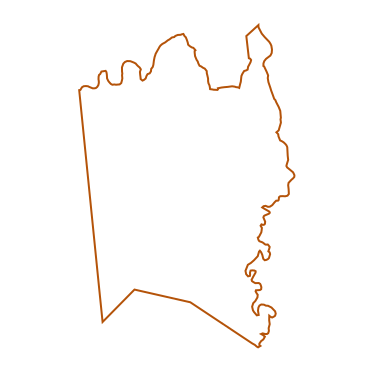 San Pedro Juchatengo, Oaxaca, Mexico, rotated 355°
{"feature_id": "50627088B44061639348759", "entity_name": "San Pedro Juchatengo", "entity_type": "district", "adm_level": 2, "iso_a3": "MEX", "parent_name": "Mexico", "parent_adm1": "Oaxaca", "projection": "robinson", "projection_center": [-97.095, 16.316], "detail": "fine", "context": "isolated", "style": "outline", "palette": "amber", "viewbox_px": 384, "rotation_deg": 355, "n_neighbors": 0, "source": "geoboundaries", "source_scale": "gbopen_adm2", "svg_char_len": 4148}
<svg xmlns="http://www.w3.org/2000/svg" viewBox="0 0 384 384"><g transform="rotate(355 192 192)"><path d="M246.7,351.3L245.8,350.5L245.9,348.9L247.8,346.6L250.2,345.1L252.0,342.5L250.4,340.8L248.5,339.5L250.1,339.0L252.6,339.9L254.3,340.0L255.6,339.3L256.5,337.1L256.5,334.3L257.9,330.4L257.7,326.7L258.2,322.0L259.4,323.2L260.9,324.0L262.7,323.3L264.0,322.5L264.8,320.5L264.4,318.1L261.1,314.0L257.7,311.9L255.8,311.7L253.8,310.5L251.2,310.1L249.3,311.0L248.1,312.9L247.4,315.9L247.7,320.3L245.8,320.5L243.2,316.8L242.4,315.1L241.9,311.5L243.3,308.1L245.6,306.1L248.0,302.7L248.5,300.1L247.7,298.8L246.7,296.6L247.1,295.5L251.1,295.6L252.4,294.9L252.8,292.9L252.4,290.9L251.9,289.5L250.6,288.5L247.1,288.3L245.2,287.0L244.0,286.0L243.7,284.7L245.6,281.7L248.3,277.8L248.5,276.5L247.4,275.7L245.2,275.3L243.5,275.4L242.7,277.5L242.7,279.2L242.4,280.6L240.5,280.9L238.8,278.6L238.4,275.2L241.3,269.4L244.5,267.8L247.8,265.4L251.9,261.7L253.6,257.2L254.5,256.4L255.6,258.0L256.5,260.6L257.2,264.8L258.5,266.3L260.2,266.1L261.7,265.5L262.9,264.5L264.4,260.7L264.1,258.9L262.9,257.8L264.0,255.2L264.6,253.5L263.6,251.8L262.9,250.9L261.0,250.9L259.9,250.3L258.8,249.1L257.6,248.2L254.8,246.9L254.0,245.4L253.6,243.1L254.7,242.6L257.5,238.3L258.0,236.4L258.5,233.8L257.4,231.6L258.4,230.3L259.9,231.0L261.3,230.7L261.9,230.0L262.3,227.9L260.9,223.6L261.4,222.4L262.2,221.8L266.8,220.3L267.6,219.6L267.7,219.0L267.1,218.1L262.2,214.7L260.6,213.5L262.0,212.4L264.1,212.2L266.4,213.4L268.3,213.4L270.8,212.1L273.3,209.5L275.1,208.0L277.0,208.1L277.7,207.4L278.2,204.8L279.5,203.9L282.0,204.0L284.4,204.4L286.8,204.0L288.3,202.4L288.4,200.3L288.5,197.4L288.4,193.6L289.0,191.3L292.1,188.5L293.8,187.3L295.2,185.9L295.5,184.2L295.1,183.0L294.4,181.2L293.1,179.9L291.7,178.5L288.9,175.8L288.3,174.3L288.8,172.8L290.6,168.4L290.5,164.3L290.8,155.7L290.2,153.8L289.2,152.3L287.6,150.5L285.9,149.2L284.3,148.3L283.0,144.1L282.9,141.9L281.3,139.9L283.7,138.2L286.6,130.7L286.6,129.5L286.5,127.3L287.0,125.8L287.0,122.6L287.0,118.9L285.8,114.9L283.8,110.1L283.0,107.6L282.0,106.4L281.0,102.5L279.7,97.8L279.1,94.9L277.7,89.2L277.4,85.1L278.0,82.5L276.9,78.9L274.8,73.2L274.1,72.7L274.4,70.1L275.4,67.9L277.4,65.8L282.0,62.9L283.5,60.5L284.1,57.1L283.8,53.2L283.1,51.2L282.0,49.1L277.9,44.0L275.3,40.3L272.6,33.7L272.7,31.5L259.7,41.4L260.3,63.7L261.6,64.3L262.4,65.7L261.8,67.3L261.6,67.8L259.9,70.5L258.8,72.1L258.1,74.9L256.5,75.6L254.5,76.0L252.6,78.5L251.4,80.6L251.0,82.4L250.7,84.0L250.2,86.5L249.5,88.3L248.1,92.4L247.6,92.1L246.3,91.6L245.1,91.4L243.8,90.8L241.2,90.2L238.8,90.3L236.8,90.4L235.1,90.4L233.7,90.4L230.5,90.5L226.9,90.9L227.0,91.3L227.0,91.7L226.3,92.5L222.5,92.0L221.2,91.6L219.0,91.1L218.9,89.0L218.7,87.3L217.9,85.2L217.7,83.1L217.9,80.3L217.4,76.8L217.1,75.0L217.2,72.8L215.5,70.2L213.5,69.0L212.2,67.8L210.5,66.9L209.5,64.4L209.1,62.5L208.1,60.7L206.9,56.9L206.8,53.4L206.9,51.8L207.8,51.1L207.5,50.6L205.9,48.5L204.5,48.0L202.6,46.6L201.0,44.9L200.8,42.8L200.1,39.9L199.3,37.3L198.2,36.1L197.2,33.8L195.7,34.0L194.3,34.4L191.5,34.3L189.0,35.1L187.8,36.1L185.5,36.3L182.9,38.0L181.1,38.8L179.6,39.8L178.2,40.7L175.4,41.9L173.4,43.3L172.2,44.7L171.3,46.1L170.1,47.8L169.0,49.4L167.8,51.2L167.3,52.5L166.5,54.3L165.5,57.7L165.1,59.6L164.6,61.9L163.8,64.0L162.1,65.8L161.6,68.3L160.8,69.3L160.2,70.1L158.0,70.7L156.8,72.4L155.7,74.9L153.8,76.2L152.4,76.7L150.7,75.0L150.7,72.7L150.6,70.9L150.6,67.8L151.7,65.3L150.7,63.4L149.1,61.8L148.0,60.4L147.1,59.1L145.4,58.0L143.4,57.0L142.0,56.3L138.8,55.9L136.6,56.6L134.8,58.1L133.1,61.7L132.8,65.8L132.9,68.0L132.5,69.5L132.5,72.8L132.0,74.5L131.0,77.3L129.3,78.5L127.6,78.5L125.6,78.5L124.0,78.1L122.0,78.2L120.5,77.2L119.0,75.2L118.3,74.1L117.3,71.5L117.4,67.4L117.2,65.1L116.5,63.8L113.9,64.0L112.3,64.1L110.8,66.5L109.6,67.3L109.0,69.0L108.7,71.4L108.8,73.6L108.7,75.2L108.0,77.4L106.7,79.1L105.2,80.1L103.7,80.2L102.2,80.1L100.4,79.2L98.7,78.3L97.6,77.6L95.5,77.2L93.3,77.2L91.5,78.1L89.7,80.6L88.5,80.7L90.2,211.0L91.1,279.5L91.6,313.7L126.2,284.2L180.7,301.7L223.4,335.8L238.8,348.1L241.3,349.8L243.0,351.6L244.3,352.5L246.7,351.3Z" fill="none" stroke="#b45309" stroke-width="2"/></g></svg>